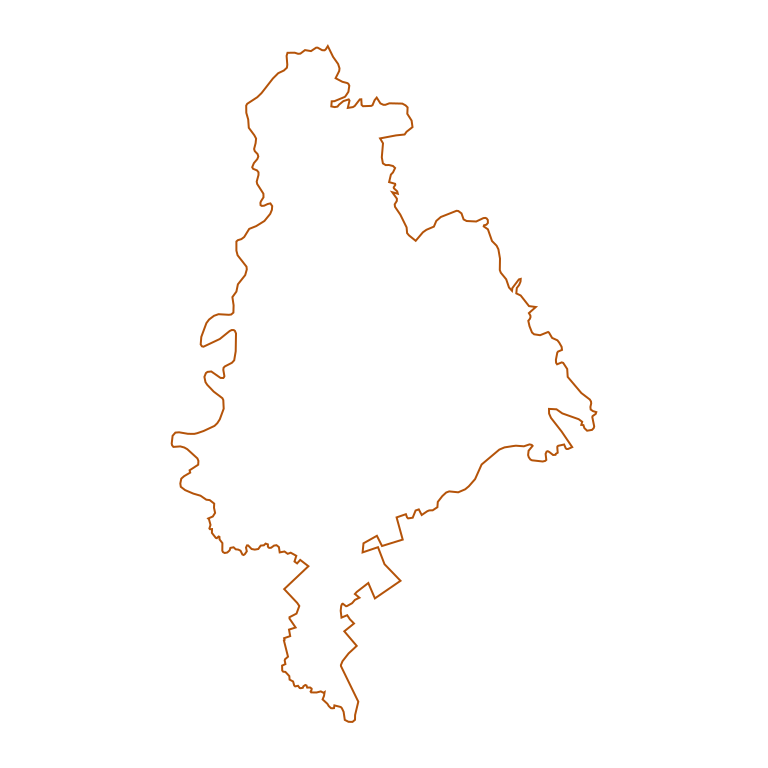 outline of Tam Duong, Vĩnh Phúc, Vietnam
{"feature_id": "81297802B22502411355715", "entity_name": "Tam Duong", "entity_type": "district", "adm_level": 2, "iso_a3": "VNM", "parent_name": "Vietnam", "parent_adm1": "Vĩnh Phúc", "projection": "robinson", "projection_center": [105.552, 21.36], "detail": "fine", "context": "isolated", "style": "outline", "palette": "amber", "viewbox_px": 768, "rotation_deg": 0, "n_neighbors": 0, "source": "geoboundaries", "source_scale": "gbopen_adm2", "svg_char_len": 6091}
<svg xmlns="http://www.w3.org/2000/svg" viewBox="0 0 768 768"><path d="M581.4,393.1L567.7,376.9L567.2,369.0L563.2,362.9L561.7,362.4L557.1,364.3L556.1,362.8L555.9,359.8L557.3,352.6L558.0,351.6L562.0,349.9L561.6,346.8L559.2,342.6L557.4,340.3L552.1,337.9L549.0,332.6L548.1,332.0L540.1,335.2L534.1,334.3L532.0,332.5L529.5,326.2L528.3,320.8L529.9,318.8L530.5,317.1L530.4,315.6L528.9,313.1L535.8,307.0L529.0,306.1L520.7,295.5L516.3,293.4L516.8,288.0L519.1,285.0L520.5,281.6L520.7,278.9L518.9,279.4L512.4,288.0L512.0,290.8L509.0,287.5L506.2,279.3L500.8,272.7L499.8,270.0L500.0,258.6L498.4,249.3L496.6,245.7L492.0,241.0L487.9,229.3L483.7,226.4L484.0,225.3L486.4,224.7L487.9,222.9L487.8,220.0L486.6,218.4L485.4,217.9L483.4,218.1L476.2,221.5L466.6,221.0L463.6,219.4L461.5,213.4L458.3,211.0L456.5,210.8L440.8,217.0L436.3,220.9L433.9,226.6L426.4,229.8L422.9,232.3L415.7,240.8L409.0,235.4L407.1,233.1L406.6,227.4L400.3,214.6L395.0,206.8L394.7,204.3L396.8,201.0L396.9,198.7L392.2,192.2L397.8,193.7L397.2,191.4L393.9,188.3L393.7,187.3L395.3,184.9L395.1,183.8L389.1,182.1L390.9,174.6L393.0,172.4L395.1,168.0L393.0,166.0L388.9,165.0L385.7,165.1L382.9,163.4L381.8,157.3L383.0,143.3L380.1,138.4L396.0,135.4L404.6,134.5L406.6,131.7L412.5,127.1L411.6,120.6L407.3,113.8L407.6,107.4L405.6,105.4L402.3,103.6L389.4,103.3L385.4,104.8L383.4,104.8L380.4,103.4L376.7,97.6L374.6,100.2L372.5,105.2L371.2,105.9L363.0,106.2L361.6,104.9L361.3,99.3L359.8,99.4L354.7,106.0L352.9,107.1L347.8,107.9L349.5,100.6L348.7,99.4L343.4,101.1L339.1,104.6L337.5,106.6L334.7,107.1L331.3,106.4L331.7,101.3L334.4,101.2L344.8,96.9L345.7,95.9L348.4,91.8L349.3,85.7L348.3,83.7L347.1,83.0L342.4,81.8L335.6,78.2L339.2,71.0L339.5,68.3L338.1,64.0L333.1,56.9L327.8,46.1L325.8,49.3L324.6,50.3L322.2,50.2L317.7,47.7L316.1,47.7L311.0,51.1L305.0,50.1L300.4,53.6L298.1,53.8L294.7,52.7L287.5,52.8L286.6,55.9L287.3,64.8L286.9,67.7L283.9,70.5L278.2,73.2L272.9,78.5L261.6,93.0L257.3,97.2L247.2,103.8L246.2,105.6L246.3,112.8L248.2,119.5L248.8,127.8L254.3,135.2L256.1,138.6L255.6,143.2L254.1,149.0L254.8,151.2L257.6,154.1L258.3,156.5L257.3,159.1L253.9,163.1L252.2,167.2L253.1,168.8L257.0,170.4L258.5,172.3L258.5,175.0L256.7,181.6L257.2,184.0L263.4,193.7L263.5,197.3L260.9,201.4L260.4,202.9L260.6,205.2L261.8,205.9L264.1,205.7L267.7,204.0L270.4,203.4L272.2,206.1L271.9,209.8L270.2,213.9L264.4,221.0L256.2,226.1L249.2,228.9L244.2,237.0L241.4,239.1L237.8,240.2L236.4,241.5L236.4,250.6L237.6,255.3L246.5,266.7L246.8,269.4L245.2,275.1L237.9,284.3L236.4,291.6L232.4,297.1L233.6,305.3L233.4,312.6L231.2,314.5L228.9,314.8L218.5,314.2L214.0,315.8L211.2,317.9L209.1,319.5L206.4,323.1L201.3,336.9L200.7,344.4L201.9,346.3L203.5,346.7L219.8,339.0L229.7,331.0L231.8,330.0L233.8,330.1L234.9,330.9L236.0,333.5L235.7,351.3L234.2,360.3L231.9,362.8L224.9,366.4L223.6,367.7L223.3,369.8L224.4,376.2L223.9,377.3L223.3,378.0L220.5,377.9L211.3,371.5L207.5,371.9L205.9,373.1L204.4,376.9L205.5,382.2L207.3,384.9L213.7,391.6L222.4,398.2L223.3,400.1L223.7,408.7L219.8,419.3L217.3,423.2L214.5,425.9L203.6,431.0L197.2,433.2L194.2,433.9L187.9,433.8L179.1,432.3L175.4,432.6L172.6,435.8L171.7,443.6L172.1,445.3L173.4,446.9L180.3,446.4L184.3,447.5L187.3,449.2L197.4,458.4L198.4,460.9L198.2,464.7L189.6,470.3L190.2,472.6L184.2,476.1L181.3,478.6L180.3,483.5L180.8,486.8L185.1,490.1L193.3,493.6L200.5,495.7L206.3,499.7L209.7,500.1L214.2,503.6L214.0,507.8L215.1,512.9L212.8,516.5L208.2,518.5L209.0,519.3L210.5,524.9L209.4,528.5L210.0,529.2L212.0,529.1L211.9,532.9L215.8,537.9L216.8,538.2L218.6,536.5L219.4,536.8L219.6,539.5L222.4,543.1L222.3,550.7L223.0,552.1L224.7,553.0L227.3,552.5L229.6,550.4L230.4,547.9L233.6,547.3L235.7,549.3L238.3,549.6L240.5,550.7L242.4,554.5L243.6,555.0L244.8,554.2L246.8,551.3L246.0,547.6L247.0,545.4L248.1,545.4L251.6,549.0L254.8,549.6L258.3,549.0L260.7,545.6L263.9,545.3L265.6,543.6L267.9,544.4L267.9,546.6L268.6,547.6L269.7,547.9L271.2,547.7L274.0,545.6L276.5,545.2L278.9,547.1L279.7,552.4L284.5,551.5L287.7,553.8L290.7,552.7L296.3,555.8L294.5,561.5L297.1,563.4L300.2,559.9L308.4,566.2L284.2,589.1L297.2,602.9L299.3,606.0L296.5,613.6L289.5,617.2L289.5,618.6L295.6,627.5L289.0,629.6L290.2,636.1L284.1,638.2L284.6,639.9L283.9,640.4L288.0,656.7L285.1,659.2L284.7,660.4L285.4,664.1L282.1,665.6L282.2,670.5L283.2,671.7L285.4,671.9L289.3,676.1L289.6,679.6L293.1,681.5L294.2,685.5L295.2,686.4L298.0,685.8L299.7,688.0L300.7,688.2L302.8,687.8L303.4,686.3L305.3,685.0L306.5,685.5L307.2,687.6L310.1,687.5L311.6,688.6L311.6,689.8L310.6,691.6L311.2,692.4L316.5,692.5L320.8,691.4L323.5,692.8L324.6,692.1L324.0,695.9L322.6,699.4L327.4,703.8L328.8,706.1L330.9,708.1L332.1,708.3L334.0,708.1L334.4,705.4L340.7,707.0L341.8,708.1L343.6,711.8L344.8,719.9L348.5,721.8L352.5,721.9L355.0,719.8L355.1,715.0L358.3,701.7L341.0,666.2L340.9,665.1L342.5,661.2L348.6,653.4L356.7,645.9L344.3,631.3L354.0,623.5L349.9,619.3L347.2,615.2L341.5,617.6L340.7,610.8L341.2,606.0L342.0,604.1L342.8,603.7L346.0,606.2L346.9,606.1L352.1,603.2L354.9,599.9L359.4,597.7L354.9,594.0L356.8,591.9L368.3,583.0L374.9,598.4L400.5,580.8L384.5,564.2L378.0,547.2L362.6,552.4L363.5,543.3L376.9,535.8L382.0,546.0L402.7,539.6L396.6,517.4L405.9,514.2L407.0,517.3L408.1,518.4L412.7,517.7L415.6,510.5L418.8,509.4L421.7,515.0L427.3,511.2L429.3,510.4L432.7,510.3L437.4,507.2L437.8,501.9L442.3,496.1L446.2,492.5L449.2,491.4L458.2,492.3L465.2,489.3L468.8,486.3L475.1,479.1L481.6,464.5L499.3,449.6L504.5,447.4L512.8,446.1L515.9,445.7L523.9,446.3L529.5,444.4L531.7,444.9L532.6,445.9L528.6,450.7L528.1,455.0L528.8,457.3L530.4,459.5L532.0,460.3L542.7,461.5L545.2,460.9L546.3,459.9L545.6,453.9L546.6,451.6L547.8,451.2L549.3,452.0L553.1,455.0L555.5,454.8L555.9,453.8L557.7,452.7L557.3,447.7L557.4,446.5L558.2,445.8L564.1,444.5L565.8,448.4L566.7,449.0L568.0,449.0L572.2,447.1L561.6,431.5L551.0,417.9L549.1,413.6L549.0,408.9L556.5,409.3L562.3,413.4L578.7,419.2L582.2,421.8L581.3,424.9L583.4,425.1L584.4,428.1L587.1,430.7L592.0,429.9L593.7,428.1L594.2,426.4L592.3,417.1L592.6,416.1L595.7,413.9L596.3,412.1L592.9,411.1L590.7,409.5L590.4,407.0L591.2,403.4L591.0,401.5L589.8,399.5L581.4,393.1Z" fill="none" stroke="#b45309" stroke-width="2"/></svg>